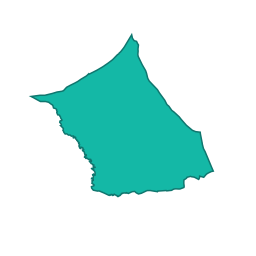 Nasarawa, Nassarawa, Nigeria, rotated 135°
{"feature_id": "59680162B9133954487337", "entity_name": "Nasarawa", "entity_type": "district", "adm_level": 2, "iso_a3": "NGA", "parent_name": "Nigeria", "parent_adm1": "Nassarawa", "projection": "equal_earth", "projection_center": [7.947, 8.329], "detail": "fine", "context": "isolated", "style": "filled", "palette": "teal", "viewbox_px": 256, "rotation_deg": 135, "n_neighbors": 0, "source": "geoboundaries", "source_scale": "gbopen_adm2", "svg_char_len": 4663}
<svg xmlns="http://www.w3.org/2000/svg" viewBox="0 0 256 256"><g transform="rotate(135 128 128)"><path d="M86.4,64.6L81.0,72.6L79.9,74.0L82.7,77.5L84.1,80.8L84.8,88.6L84.3,96.4L83.9,99.8L84.2,107.0L84.6,109.4L83.7,114.5L83.9,116.8L83.8,117.4L82.4,121.6L81.0,130.6L80.1,134.3L79.8,146.2L78.9,149.2L76.1,153.8L75.0,156.1L73.2,162.8L70.2,171.4L69.0,173.1L66.5,175.2L65.1,176.8L61.9,179.3L61.5,181.1L60.7,183.2L61.9,185.4L61.4,188.3L59.5,191.3L73.2,187.9L75.0,187.6L79.3,187.1L81.4,187.2L82.2,186.9L83.4,187.3L89.9,187.2L90.7,187.2L96.5,188.0L102.9,189.2L109.3,190.9L115.7,193.0L117.2,193.5L117.5,193.6L117.4,194.1L120.6,194.2L125.4,195.4L127.0,195.8L130.5,196.4L133.9,197.4L138.3,198.9L142.6,200.2L147.1,200.0L148.6,200.6L151.1,202.4L152.7,203.6L157.2,206.0L163.6,209.9L164.7,211.0L167.0,213.3L174.2,218.8L171.2,208.7L167.6,205.1L165.9,202.3L165.4,198.6L165.1,197.8L165.3,196.8L165.9,195.9L166.5,194.8L166.0,193.9L165.5,192.9L165.4,191.9L165.6,191.2L166.1,190.9L166.5,189.6L167.0,189.6L167.5,189.2L168.2,187.5L168.4,187.0L167.7,186.1L167.4,185.3L167.8,184.7L167.8,183.9L168.2,183.2L168.6,182.4L168.9,180.7L169.2,180.3L169.8,180.2L170.4,180.7L171.3,181.0L171.8,180.5L172.3,180.2L172.3,179.6L172.3,178.6L173.1,177.0L173.4,176.9L174.0,177.3L174.0,175.9L174.0,173.9L174.2,173.2L174.6,173.1L175.0,172.6L175.3,172.4L175.8,172.2L175.8,171.5L175.9,171.2L176.2,170.7L176.5,170.0L176.5,169.2L176.6,168.7L176.7,168.2L176.3,167.8L175.8,167.6L175.4,167.2L175.3,166.0L175.0,164.9L174.7,164.6L174.1,164.2L173.8,163.6L173.9,162.5L173.5,161.9L172.3,161.0L172.2,160.6L172.4,160.1L172.7,159.9L173.3,160.0L173.6,159.9L173.5,159.5L173.4,159.4L171.9,159.1L171.7,158.4L172.5,157.9L172.7,157.1L172.6,156.6L172.5,156.2L172.6,155.9L172.9,155.6L173.0,155.3L172.8,155.0L172.7,154.6L172.8,154.3L173.0,154.1L173.1,153.7L172.9,152.7L173.0,152.3L173.5,152.4L173.8,152.0L174.0,151.4L173.8,151.2L173.8,150.7L174.0,150.5L174.7,150.1L175.3,150.1L175.5,149.9L175.4,149.3L175.7,148.9L176.2,148.4L176.3,148.0L176.2,147.2L175.9,146.8L175.7,147.0L175.6,147.5L175.3,147.8L174.8,147.6L174.5,147.2L174.1,146.5L174.0,145.9L174.5,145.3L174.5,144.3L174.6,144.0L174.9,143.9L175.2,144.0L175.6,144.5L175.8,144.5L176.1,144.1L176.1,143.6L175.8,142.9L175.8,142.2L176.0,141.7L176.4,141.4L176.6,140.8L176.9,140.4L177.2,139.9L177.0,139.3L176.7,139.0L176.5,138.5L176.6,138.3L176.9,138.2L177.1,138.0L177.4,138.2L177.8,138.6L178.1,138.7L178.6,138.6L178.8,138.4L179.2,138.3L179.4,138.1L179.3,137.9L178.8,137.7L178.7,137.4L178.6,137.1L179.0,136.9L179.2,136.7L179.3,136.4L179.2,136.1L178.7,136.0L178.4,135.7L178.2,135.1L178.2,134.2L178.2,133.7L177.9,133.2L177.2,133.0L176.6,132.2L176.8,131.8L176.9,131.1L177.1,130.5L177.3,130.4L177.6,131.6L177.9,131.7L178.1,131.4L178.0,130.9L178.1,130.7L178.4,130.8L178.6,131.3L178.9,131.5L179.0,131.2L178.8,130.5L178.9,129.8L179.2,129.1L179.0,128.5L178.7,127.8L178.8,127.4L178.6,126.6L178.3,126.0L178.4,125.8L178.7,125.8L179.1,126.1L179.4,125.9L179.6,125.6L179.8,125.0L179.6,124.4L179.3,124.2L179.0,123.9L179.1,123.6L179.2,123.4L179.5,123.5L179.8,124.1L180.4,124.5L180.9,124.0L181.4,124.2L181.9,124.9L182.4,125.1L182.5,124.8L182.2,123.8L181.8,123.0L181.8,122.7L182.3,122.6L182.2,122.0L182.2,121.0L182.9,119.6L184.6,118.0L185.2,118.5L184.9,119.7L186.0,120.0L186.4,119.3L186.3,118.5L187.9,117.3L189.1,118.2L189.7,117.9L188.9,116.2L189.6,115.5L190.8,116.1L191.6,115.0L192.6,114.5L192.2,111.9L192.9,111.3L195.3,112.4L196.2,111.2L196.5,108.6L194.2,105.0L192.9,103.9L190.8,98.7L189.3,94.5L188.9,93.6L188.2,93.6L187.9,93.4L187.7,92.7L186.9,92.9L186.8,92.7L186.6,92.3L186.3,92.3L186.2,92.1L186.2,91.9L186.5,91.6L186.5,91.1L186.0,90.8L185.7,90.8L185.4,91.0L184.9,91.0L184.8,90.7L184.5,90.7L184.5,90.1L184.2,89.8L184.0,89.3L184.1,88.8L183.6,88.0L183.6,87.7L183.8,87.4L183.8,87.1L183.6,86.6L183.3,86.5L183.2,86.8L182.7,86.3L182.4,86.2L181.9,86.2L181.7,86.3L181.5,86.2L181.3,85.9L180.7,85.9L180.1,86.0L179.9,86.1L179.7,86.0L179.3,86.0L179.1,86.1L178.9,86.2L178.7,86.0L178.4,86.0L178.3,85.7L178.1,85.7L177.4,85.5L177.2,85.1L176.8,84.8L176.2,84.4L175.8,84.0L175.6,83.5L175.4,83.5L175.1,83.1L174.9,82.9L174.7,83.1L174.6,82.9L174.5,82.5L174.3,82.2L174.1,81.5L173.9,81.4L170.2,80.1L168.1,78.4L168.0,76.3L167.2,73.9L164.7,72.4L158.8,70.3L156.5,68.1L152.2,62.1L151.5,62.3L145.2,56.8L145.1,56.2L142.0,53.7L141.4,53.2L140.2,52.8L139.5,52.7L138.5,52.2L137.3,51.3L135.0,48.7L134.1,48.0L130.5,46.4L129.5,47.1L127.6,49.5L125.3,51.7L122.2,51.1L121.1,51.4L118.0,49.6L117.6,48.7L115.9,46.4L114.4,41.7L113.7,41.8L112.2,42.5L111.4,43.3L109.3,39.6L105.2,39.9L103.0,39.4L99.9,38.3L98.2,37.2L96.4,41.7L90.2,56.8L89.3,59.8L88.9,60.6L87.6,62.8L86.7,64.3L86.4,64.6Z" fill="#14b8a6" stroke="#0f766e" stroke-width="1.5"/></g></svg>